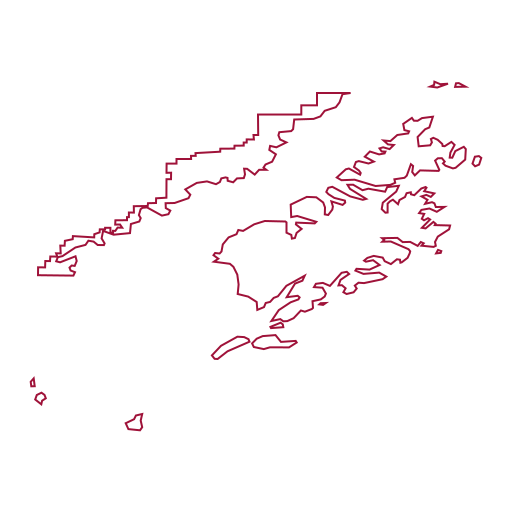 Kodiak Island, Alaska, United States of America (Equal Earth projection)
{"feature_id": "52423323B80008995120080", "entity_name": "Kodiak Island", "entity_type": "district", "adm_level": 2, "iso_a3": "USA", "parent_name": "United States of America", "parent_adm1": "Alaska", "projection": "equal_earth", "projection_center": [-153.82, 57.362], "detail": "fine", "context": "isolated", "style": "outline", "palette": "rose", "viewbox_px": 512, "rotation_deg": 0, "n_neighbors": 0, "source": "geoboundaries", "source_scale": "gbopen_adm2", "svg_char_len": 6076}
<svg xmlns="http://www.w3.org/2000/svg" viewBox="0 0 512 512"><path d="M215.1,253.0L213.5,255.2L218.3,258.7L213.9,261.7L229.9,263.8L233.4,266.8L237.3,274.6L238.6,284.5L237.7,294.0L248.2,296.6L256.7,302.0L257.3,309.9L264.0,307.1L265.7,303.0L270.1,301.9L273.7,297.9L277.9,296.3L286.4,285.8L304.7,275.7L302.4,280.7L295.0,283.6L286.7,297.2L297.7,295.8L299.6,297.4L298.4,299.4L290.6,302.3L278.8,310.1L271.4,321.0L280.3,319.1L283.3,321.3L287.3,321.1L293.6,318.2L300.9,310.5L304.9,311.7L311.9,309.0L313.0,307.9L312.5,301.2L320.8,299.4L324.7,296.5L325.9,293.6L322.5,287.7L314.0,287.1L315.9,283.8L322.9,282.9L329.9,285.9L341.6,272.8L346.8,271.8L349.1,274.0L340.5,279.9L338.5,285.4L341.9,285.2L345.6,288.3L343.4,292.2L346.6,294.0L353.6,292.3L356.7,288.5L354.8,285.6L358.5,282.7L364.0,283.1L382.6,279.2L386.3,276.6L379.2,272.6L363.5,273.9L355.4,270.6L356.5,268.8L369.5,269.6L379.6,265.0L373.1,260.2L365.9,261.7L364.1,260.6L367.4,257.9L373.7,255.9L382.7,257.6L384.7,261.2L390.9,264.1L396.9,259.3L400.0,259.7L400.4,262.7L401.8,262.3L407.6,257.8L409.7,253.3L410.2,251.3L408.5,249.2L390.8,241.5L382.3,241.7L384.2,239.9L382.1,238.2L397.4,237.9L402.7,242.1L410.2,241.9L417.7,245.9L420.8,242.0L423.7,243.3L421.5,245.7L433.6,246.9L435.8,245.8L435.0,242.0L437.8,236.6L449.1,229.3L450.1,225.5L434.8,225.1L435.6,223.7L433.4,221.9L425.6,228.4L421.9,227.8L430.1,219.5L428.0,218.2L424.0,220.3L421.8,218.8L424.2,213.9L419.1,213.1L421.4,209.9L429.4,208.5L436.8,211.8L444.5,206.9L435.8,207.0L434.4,203.3L432.0,202.2L425.1,203.8L427.5,199.8L421.5,196.4L426.3,194.9L430.8,196.9L434.3,193.4L424.2,191.2L426.5,187.7L425.6,187.0L421.3,188.5L414.3,195.2L411.0,194.3L410.8,192.3L406.6,193.2L405.0,197.0L399.5,200.0L398.0,204.2L392.9,199.7L390.0,201.3L387.6,203.7L387.6,212.5L385.4,212.7L381.7,209.1L382.8,202.7L396.2,191.6L398.8,185.8L387.2,187.1L385.1,191.7L368.4,188.7L362.5,190.2L353.1,184.7L347.5,184.8L350.0,188.9L366.2,198.9L362.8,199.8L350.2,196.4L332.3,186.8L328.3,187.8L326.3,191.9L328.5,194.2L334.3,197.9L344.9,200.6L345.2,202.6L342.6,204.9L331.4,201.4L332.9,206.5L332.3,209.6L328.2,215.0L324.8,214.4L325.0,207.4L323.2,202.5L316.3,197.3L306.8,196.9L290.7,204.6L291.2,217.1L297.2,216.0L316.3,221.8L314.7,223.4L296.2,222.6L295.9,224.4L301.6,228.9L296.6,232.9L294.9,238.0L291.9,238.6L291.3,234.9L286.5,232.7L286.5,222.4L285.4,221.5L264.8,221.0L254.2,224.3L243.1,230.9L238.3,230.0L236.5,234.2L228.6,237.4L222.8,244.4L221.5,251.5L219.6,253.5L215.1,253.0ZM73.4,275.6L75.0,272.2L70.6,270.5L69.5,267.6L71.7,265.5L74.7,265.9L76.7,261.0L75.5,256.3L60.1,262.3L56.2,261.3L57.8,257.2L62.5,256.1L75.4,247.5L85.5,244.9L88.4,240.7L93.6,241.6L97.7,245.0L103.9,245.1L104.6,243.4L101.6,238.4L103.1,230.9L113.6,234.7L130.0,233.1L130.9,224.0L139.3,221.5L140.7,218.1L138.9,215.1L140.6,209.2L142.5,207.8L147.0,207.4L161.9,215.6L168.4,214.2L170.3,210.6L165.8,208.1L165.6,203.2L174.6,203.0L188.5,198.2L190.3,194.7L185.3,189.4L196.8,182.9L207.0,181.4L216.0,184.2L219.9,182.0L221.3,178.4L225.5,177.4L227.5,177.9L227.7,180.8L233.2,182.3L237.0,178.4L243.8,178.1L245.0,174.4L244.1,168.7L247.1,168.8L254.7,174.6L259.1,169.8L266.3,169.8L263.5,167.6L265.5,164.5L272.1,161.7L275.9,154.3L269.3,149.9L270.1,145.9L276.4,147.3L286.4,142.4L280.1,139.5L278.4,135.3L279.3,132.2L291.2,131.1L293.1,129.2L294.2,119.5L313.6,118.9L320.4,116.4L324.7,110.8L335.8,107.2L339.5,102.4L342.5,94.2L350.6,93.0L317.0,93.0L317.0,105.3L301.3,105.3L301.3,114.5L258.0,114.5L258.2,135.0L253.5,135.0L253.9,139.5L246.7,139.4L246.7,142.5L243.7,142.5L243.7,145.6L234.5,145.7L234.4,148.6L220.3,148.7L220.2,151.7L195.5,153.1L195.7,155.9L191.0,155.9L191.1,159.0L176.5,159.0L176.5,163.6L166.6,163.6L166.5,172.8L171.1,172.7L171.0,179.2L166.5,179.2L166.4,197.7L156.1,198.3L156.0,203.0L148.0,203.2L147.7,206.0L133.8,206.2L133.9,212.6L128.9,212.5L128.9,217.1L127.0,217.1L127.0,220.2L115.4,220.3L115.2,224.6L120.0,224.5L122.2,227.7L117.6,227.6L115.3,230.9L113.0,230.8L113.1,232.6L110.4,232.6L110.4,227.8L105.1,227.8L105.1,229.3L99.8,229.3L99.6,232.4L94.3,234.2L94.2,237.4L72.9,236.1L72.7,239.2L64.9,240.8L64.6,245.7L60.3,245.6L60.7,253.4L56.1,253.3L57.3,256.6L50.3,256.5L50.0,261.1L45.3,261.0L45.1,267.4L38.1,267.3L38.0,275.2L73.4,275.6ZM336.8,177.5L341.5,180.2L354.6,179.7L375.6,186.0L390.2,184.9L395.2,182.8L394.4,179.3L404.5,177.8L406.8,175.6L410.9,164.2L413.1,166.0L412.2,172.0L414.8,175.4L420.0,170.4L438.6,170.9L439.3,169.8L435.1,160.6L437.8,158.3L441.9,158.2L444.7,161.6L443.0,163.4L445.5,165.7L452.9,168.4L455.6,167.8L465.2,159.6L465.8,149.1L463.8,146.8L455.3,151.1L452.3,157.7L449.7,157.6L450.4,152.6L454.6,144.9L451.4,141.9L444.7,146.2L442.6,146.0L442.3,144.0L437.7,139.8L433.3,137.8L430.9,139.0L431.9,142.4L430.2,145.3L418.7,146.3L417.6,137.0L425.2,129.2L429.3,127.5L432.9,116.7L422.0,118.1L417.6,120.8L413.9,120.7L411.9,117.9L403.2,123.9L404.4,130.1L409.1,131.3L408.2,133.4L397.3,135.0L390.4,141.1L383.6,140.5L388.0,144.4L393.8,145.0L389.6,149.1L383.1,147.3L379.5,148.4L381.6,151.4L385.4,151.6L384.6,153.4L379.1,154.4L369.9,151.5L364.8,156.7L373.8,161.6L368.5,163.5L358.8,161.1L355.9,162.0L354.0,167.0L359.0,170.6L360.7,173.0L360.1,174.7L348.9,168.5L345.8,169.3L336.8,177.5ZM252.1,343.4L253.8,347.0L263.8,349.1L270.0,347.3L289.0,347.4L296.7,342.5L295.7,340.9L281.0,341.9L275.5,335.1L262.7,336.1L256.7,338.7L252.1,343.4ZM211.9,355.4L214.6,358.8L217.6,359.0L227.5,351.3L249.5,341.7L248.5,339.2L244.2,337.1L237.4,336.7L221.0,345.8L211.9,355.4ZM125.7,423.2L128.4,429.1L140.0,430.3L142.2,427.2L140.7,420.6L142.2,414.0L135.9,415.5L134.1,419.2L125.7,423.2ZM35.2,399.5L41.3,404.3L42.1,400.7L45.8,398.3L44.5,394.9L41.5,392.7L36.8,395.0L35.2,399.5ZM474.9,156.7L472.5,163.6L475.1,166.3L479.1,164.6L481.3,157.9L478.9,156.1L474.9,156.7ZM430.2,86.6L437.3,87.5L448.0,83.7L440.3,84.2L434.4,81.7L434.1,84.9L430.2,86.6ZM270.4,326.9L271.0,328.1L283.3,327.2L282.8,324.4L280.6,322.7L270.4,326.9ZM456.0,83.3L455.1,86.9L465.6,86.7L458.8,83.1L456.0,83.3ZM30.7,381.8L31.3,386.3L34.7,386.2L33.7,378.4L30.7,381.8ZM438.0,249.9L436.1,253.4L440.7,252.9L441.3,251.1L438.0,249.9ZM319.3,304.4L323.1,304.9L325.8,303.0L320.6,303.2L319.3,304.4Z" fill="none" stroke="#9f1239" stroke-width="2"/></svg>